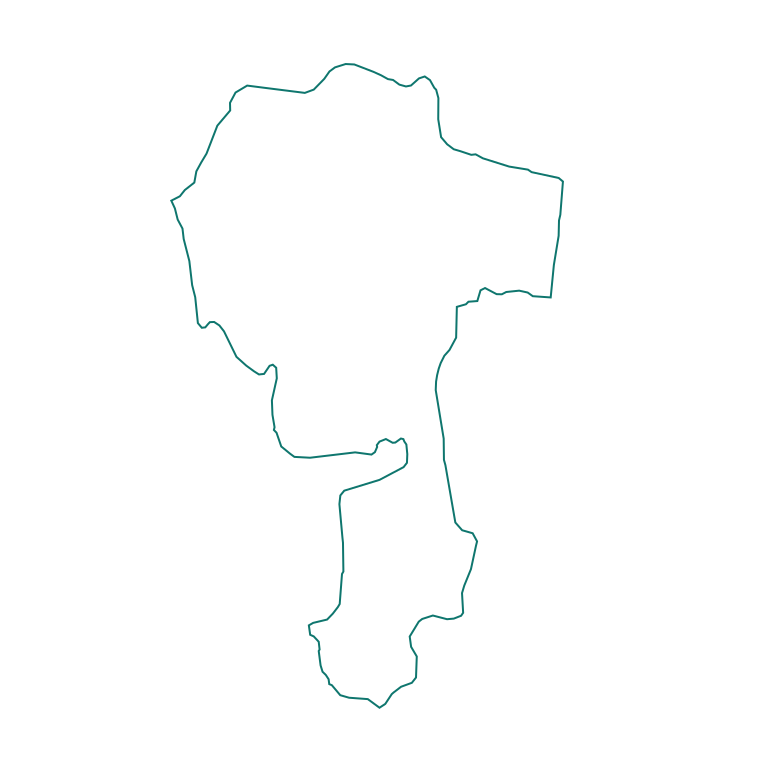 Nueva Santa Rosa, Santa Rosa, Guatemala, rotated 175°
{"feature_id": "79465075B8683235112277", "entity_name": "Nueva Santa Rosa", "entity_type": "district", "adm_level": 2, "iso_a3": "GTM", "parent_name": "Guatemala", "parent_adm1": "Santa Rosa", "projection": "robinson", "projection_center": [-90.272, 14.39], "detail": "fine", "context": "isolated", "style": "outline", "palette": "teal", "viewbox_px": 768, "rotation_deg": 175, "n_neighbors": 0, "source": "geoboundaries", "source_scale": "gbopen_adm2", "svg_char_len": 2288}
<svg xmlns="http://www.w3.org/2000/svg" viewBox="0 0 768 768"><g transform="rotate(175 384 384)"><path d="M272.7,604.8L277.1,604.7L287.7,609.3L294.1,611.8L300.2,617.3L305.6,624.9L306.9,643.0L304.9,664.1L306.4,672.6L308.1,674.7L310.8,680.7L311.7,682.7L316.6,686.8L322.5,685.4L331.1,679.0L336.2,678.5L342.6,680.9L348.5,686.1L353.5,687.4L360.0,691.8L367.3,695.9L385.7,704.9L394.3,706.1L405.2,703.7L411.1,700.1L416.9,693.2L428.3,683.4L437.5,680.9L477.8,689.6L494.3,693.2L506.5,687.3L512.9,677.5L513.4,669.9L527.5,655.9L540.7,629.0L546.8,620.6L552.4,612.2L555.4,601.2L565.5,594.6L571.0,588.8L579.9,585.2L577.0,577.1L575.2,565.8L571.2,556.4L570.9,545.9L567.2,523.4L566.5,499.2L564.5,486.9L564.1,460.9L560.6,455.9L557.1,456.0L554.1,459.0L552.1,460.8L547.8,460.6L542.9,456.7L538.8,450.4L528.6,423.9L519.6,414.3L512.4,408.0L507.7,404.4L502.6,404.5L496.4,412.1L493.1,412.9L490.0,409.6L490.3,399.0L497.1,377.5L497.8,363.0L496.8,350.5L497.7,347.8L495.3,344.8L491.8,330.7L483.6,322.7L479.6,319.2L464.1,317.0L418.7,318.4L402.6,314.8L399.0,316.9L396.3,321.9L396.5,323.7L393.5,327.0L386.9,329.0L380.5,324.7L377.8,324.7L371.9,328.2L369.5,327.4L368.8,325.0L367.0,321.8L366.9,312.1L368.0,303.5L371.7,299.5L396.8,288.9L432.9,281.2L437.2,276.8L438.9,268.2L438.8,234.8L438.7,229.4L440.8,200.7L442.4,198.4L447.3,168.7L449.4,165.8L455.0,159.7L461.2,154.3L475.4,152.2L479.9,150.1L479.4,140.6L476.0,138.7L471.5,132.9L471.3,125.1L472.3,123.7L471.7,109.2L470.3,102.7L467.3,99.2L464.9,94.7L464.7,89.8L462.2,88.5L454.7,77.8L446.1,74.5L427.6,71.5L416.7,61.9L410.6,65.2L403.3,74.4L401.4,75.8L393.4,80.9L382.3,83.9L377.7,88.8L375.1,109.7L379.9,119.8L380.4,130.2L370.1,144.2L366.4,146.6L355.5,149.1L341.7,144.2L334.9,144.2L327.4,146.4L325.1,149.2L324.5,168.9L321.6,176.2L313.5,192.0L306.5,214.7L305.0,219.1L308.7,227.6L318.9,231.5L325.0,239.8L329.9,297.8L330.9,303.2L329.3,324.4L333.0,373.4L331.9,381.9L330.3,388.2L328.1,394.6L325.7,399.9L321.4,406.9L315.8,412.2L308.1,423.9L304.7,454.5L295.4,456.3L292.7,458.6L283.8,458.5L279.7,468.9L275.0,470.8L264.0,463.7L258.8,463.1L254.2,465.0L241.2,465.2L232.9,462.6L228.1,458.5L210.4,455.7L204.4,487.8L197.1,516.4L195.4,531.7L193.6,537.2L188.1,570.1L192.0,574.0L218.5,582.2L221.9,585.0L240.4,589.7L265.8,600.2L272.7,604.8Z" fill="none" stroke="#0f766e" stroke-width="2"/></g></svg>